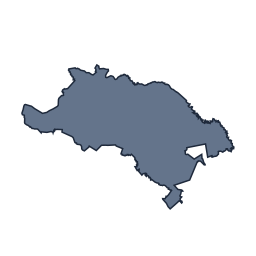 Teapa, Tabasco, Mexico (orthographic projection), rotated 133°
{"feature_id": "50627088B17236801966727", "entity_name": "Teapa", "entity_type": "district", "adm_level": 2, "iso_a3": "MEX", "parent_name": "Mexico", "parent_adm1": "Tabasco", "projection": "orthographic", "projection_center": [-92.975, 17.62], "detail": "fine", "context": "isolated", "style": "filled", "palette": "slate", "viewbox_px": 256, "rotation_deg": 133, "n_neighbors": 0, "source": "geoboundaries", "source_scale": "gbopen_adm2", "svg_char_len": 5673}
<svg xmlns="http://www.w3.org/2000/svg" viewBox="0 0 256 256"><g transform="rotate(133 128 128)"><path d="M70.6,84.9L70.2,87.7L71.4,88.0L72.4,89.3L72.4,89.7L71.1,89.5L70.8,89.9L72.0,90.1L72.4,90.9L71.3,90.5L70.2,90.9L70.7,91.9L71.0,94.5L70.4,94.9L69.4,94.8L68.6,95.3L68.9,96.0L70.3,96.6L70.8,97.2L71.0,98.3L70.8,99.0L70.6,99.1L69.2,98.6L68.2,99.1L68.7,99.5L68.8,100.6L69.2,101.4L69.1,103.4L68.0,104.0L68.2,115.6L68.5,116.6L68.4,117.0L68.7,117.2L69.0,121.2L69.6,122.3L69.7,124.0L68.9,126.6L68.9,128.1L69.3,128.7L69.4,129.5L70.2,129.7L70.7,130.6L70.7,131.2L70.1,131.7L70.4,132.2L71.1,132.6L70.9,133.9L71.5,134.3L71.5,134.7L72.8,135.4L73.9,137.2L74.8,137.5L75.6,139.0L75.6,139.8L76.1,140.3L77.2,140.9L77.7,141.5L79.3,141.8L79.5,142.2L80.2,142.2L80.9,142.9L81.9,143.1L82.1,143.5L83.2,143.3L84.0,144.1L84.6,144.1L85.7,145.1L86.4,148.0L87.7,149.2L88.3,150.3L88.1,151.7L88.7,151.9L88.8,151.3L90.2,151.1L90.8,151.7L90.9,152.3L91.8,152.3L91.7,152.7L91.0,152.7L91.8,153.5L90.9,154.1L91.9,154.6L91.8,155.1L91.3,155.4L90.8,157.3L91.2,157.4L91.7,158.6L90.9,160.2L90.2,160.8L90.5,161.0L90.4,161.5L91.0,161.6L90.2,162.5L90.4,162.7L90.3,163.3L89.9,163.4L90.1,164.5L91.0,164.6L90.9,166.4L91.3,167.3L91.6,167.5L91.7,167.1L92.2,167.2L93.0,168.0L93.8,168.2L93.9,168.7L94.3,169.1L95.0,168.7L95.7,169.4L97.9,169.9L99.8,169.6L101.1,170.3L101.3,170.9L101.0,171.6L100.5,173.9L101.1,175.5L101.7,176.3L105.6,177.8L106.1,178.9L104.7,180.3L101.3,181.2L99.6,181.2L98.6,182.4L99.9,183.9L101.1,186.4L104.2,189.2L103.3,191.0L102.7,191.4L103.1,193.8L106.7,193.0L106.9,191.7L107.5,190.9L108.9,190.4L108.8,189.3L112.9,189.7L113.2,190.1L113.7,191.3L114.2,194.3L116.0,196.3L116.0,198.7L118.1,202.2L118.1,203.9L118.7,204.9L118.6,205.5L119.9,206.3L120.2,207.0L120.0,207.5L120.5,208.0L125.1,211.5L125.4,211.1L126.1,211.1L126.4,210.8L126.4,209.6L127.0,209.1L126.5,208.4L127.1,207.8L127.2,206.9L127.9,206.7L128.2,206.2L127.8,205.0L128.4,204.3L128.6,203.8L128.1,202.7L129.3,201.6L128.9,200.7L130.0,200.8L129.4,199.8L129.6,199.2L140.4,199.0L142.9,201.0L142.8,201.3L144.8,201.7L145.5,201.4L145.8,200.9L146.3,201.0L146.5,200.3L146.0,199.7L146.1,199.2L147.0,198.9L148.0,197.5L148.7,197.7L149.6,198.7L153.4,198.8L154.7,198.2L159.0,194.5L160.4,194.4L165.1,195.8L169.2,197.4L171.9,198.0L175.6,200.5L177.5,209.4L177.9,213.4L180.8,219.1L181.6,219.5L183.0,219.1L186.0,217.3L189.5,215.7L190.3,214.3L189.4,212.5L190.2,211.7L190.8,211.5L191.3,210.2L194.5,207.4L195.0,206.5L194.8,204.4L194.1,202.5L194.2,200.3L193.6,200.2L193.8,197.8L193.2,197.3L192.2,195.3L191.6,194.9L190.4,193.3L190.8,188.2L189.9,188.7L186.5,184.3L183.0,181.9L182.3,180.0L182.6,179.5L180.4,180.6L180.2,180.0L180.4,179.7L180.0,179.7L179.5,180.0L179.3,180.7L178.8,180.8L178.2,179.6L177.4,179.0L174.0,175.0L176.0,173.5L172.5,163.2L172.4,161.6L174.8,156.9L174.1,155.5L174.7,155.2L174.5,154.0L172.9,151.8L172.7,150.9L173.2,149.3L174.8,147.6L175.1,146.3L174.5,144.3L168.7,143.6L167.7,144.0L166.1,135.8L158.7,135.6L155.9,132.7L154.4,130.9L148.9,125.6L149.2,124.3L146.7,117.8L151.7,115.5L151.1,114.1L151.7,113.9L150.4,111.2L149.8,111.5L148.8,110.2L147.9,110.5L147.6,109.0L146.9,109.2L146.5,107.6L144.9,107.6L145.0,102.9L145.8,101.7L146.0,101.8L146.4,101.4L146.1,101.1L146.7,100.1L146.2,99.7L147.0,98.9L146.3,98.1L147.1,97.3L147.3,97.6L148.1,96.9L147.7,96.4L148.5,95.7L149.2,96.5L149.5,96.1L149.3,95.8L150.2,95.1L151.5,96.5L152.8,92.4L150.5,91.8L151.0,91.1L152.3,91.4L153.0,85.7L151.0,85.8L150.2,84.9L149.4,84.7L148.8,83.7L148.9,82.9L149.8,82.2L150.1,82.4L149.8,83.5L150.7,83.4L150.9,81.5L149.6,81.5L149.1,80.4L150.1,78.6L149.8,78.3L149.3,78.6L149.1,78.3L149.4,77.1L150.6,76.1L150.6,75.7L149.6,75.6L149.4,74.9L149.2,71.6L148.5,69.5L147.5,67.9L147.6,67.3L148.3,66.9L147.7,65.2L146.8,64.2L146.6,63.5L145.7,63.2L145.0,62.2L144.7,61.2L144.9,58.4L144.2,57.2L145.2,56.7L144.6,55.7L144.7,54.8L144.0,54.3L143.9,53.6L149.3,52.8L152.0,52.8L152.0,53.5L154.4,52.6L156.0,54.5L156.4,53.9L156.9,48.5L158.2,45.0L158.4,42.0L148.0,41.0L147.0,41.1L146.5,40.8L146.1,39.9L146.3,37.6L145.4,37.7L144.8,38.8L145.5,40.4L143.9,41.8L142.5,41.6L141.8,41.7L142.5,43.1L142.2,43.8L140.3,44.4L138.0,45.9L136.8,45.0L136.7,46.4L138.9,49.6L138.4,55.2L124.0,47.4L106.3,54.0L105.0,53.9L105.1,54.2L104.1,54.1L102.8,52.3L103.0,47.1L102.3,46.5L102.0,47.0L101.6,49.0L99.7,52.3L99.8,53.1L97.0,56.1L105.6,58.4L106.4,66.4L107.7,67.3L107.9,68.1L107.2,69.2L106.3,69.7L106.0,70.8L104.1,70.2L103.1,70.6L102.3,71.6L86.8,60.4L95.0,49.8L90.9,47.8L91.1,47.1L92.0,46.9L91.6,46.3L90.2,45.7L88.6,44.4L87.4,44.0L85.9,44.2L85.5,44.0L84.0,45.3L83.9,45.8L83.4,45.9L81.7,44.4L81.0,42.2L79.5,42.1L79.2,41.7L77.8,41.4L76.8,41.5L76.2,42.0L75.4,41.1L76.1,39.8L76.1,38.9L75.9,38.3L75.0,37.7L75.0,36.5L72.8,37.3L72.8,37.9L73.3,38.8L72.1,38.9L71.5,38.6L71.4,36.9L71.1,36.6L69.7,37.6L69.9,38.6L69.4,40.3L68.2,41.2L68.7,42.4L66.7,43.7L66.9,44.8L67.2,45.0L67.7,44.8L67.9,45.1L67.7,46.9L67.1,47.7L66.2,48.1L66.7,48.7L67.4,48.8L67.3,49.7L66.8,50.1L65.7,50.3L65.4,51.7L64.3,51.5L64.7,53.0L63.8,52.5L63.0,53.4L64.1,53.8L63.3,54.3L63.4,55.1L63.0,55.9L63.7,56.8L62.7,57.5L62.4,58.1L63.1,59.7L62.3,60.7L63.1,61.4L62.4,61.9L62.7,62.7L62.0,63.3L61.2,64.9L62.3,65.9L61.3,66.4L61.0,66.9L61.6,67.3L63.4,67.8L62.5,68.8L63.3,69.4L62.7,71.1L63.2,72.2L64.2,71.7L65.6,70.5L66.1,70.7L66.0,71.6L66.6,72.4L66.8,71.6L68.7,71.0L68.9,71.9L70.0,72.9L69.3,73.8L69.0,72.7L68.4,72.4L68.4,74.3L69.2,75.0L70.3,74.6L69.5,76.6L70.8,76.7L71.0,76.3L70.9,75.5L71.7,75.0L72.2,75.2L71.5,76.3L71.8,76.5L72.5,76.2L72.9,77.1L72.8,78.1L72.6,78.6L71.1,78.5L72.4,80.0L72.2,80.5L71.3,80.3L71.5,81.4L70.7,83.1L71.1,83.7L72.3,83.0L72.9,83.0L72.1,83.7L72.6,84.9L72.4,86.2L72.2,86.5L71.8,86.2L72.0,84.3L71.7,84.0L70.6,84.9Z" fill="#64748b" stroke="#1e293b" stroke-width="1.5"/></g></svg>